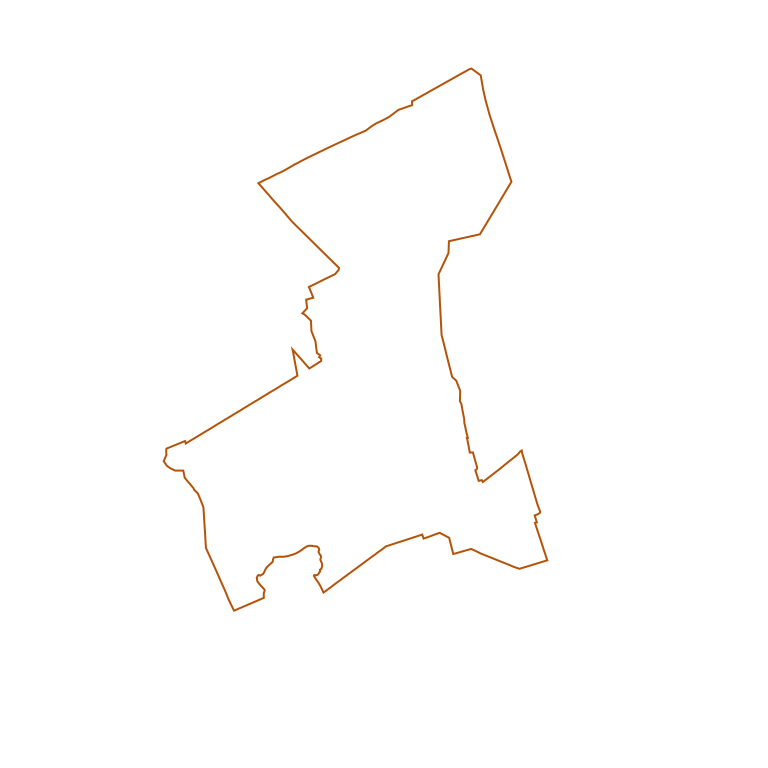 the district of Temamatla, México, Mexico, rotated 147°
{"feature_id": "50627088B72958492405595", "entity_name": "Temamatla", "entity_type": "district", "adm_level": 2, "iso_a3": "MEX", "parent_name": "Mexico", "parent_adm1": "México", "projection": "mercator", "projection_center": [-98.878, 19.192], "detail": "fine", "context": "isolated", "style": "outline", "palette": "amber", "viewbox_px": 768, "rotation_deg": 147, "n_neighbors": 0, "source": "geoboundaries", "source_scale": "gbopen_adm2", "svg_char_len": 5326}
<svg xmlns="http://www.w3.org/2000/svg" viewBox="0 0 768 768"><g transform="rotate(147 384 384)"><path d="M401.0,198.3L400.7,198.1L399.7,196.6L397.4,192.9L395.0,188.9L394.7,188.5L390.4,182.3L389.7,181.4L387.1,177.7L384.6,174.1L381.9,170.3L376.3,162.3L375.6,161.2L375.4,160.9L374.0,159.0L373.8,158.7L372.6,157.2L371.1,155.3L365.5,153.6L359.9,152.0L354.3,150.4L348.7,148.8L343.1,147.2L342.7,148.9L342.3,150.1L342.0,151.5L341.5,153.2L340.8,156.0L340.2,158.4L339.7,160.0L339.1,162.4L338.8,163.5L338.3,165.2L337.9,166.9L337.3,168.9L337.0,170.3L336.4,172.5L335.7,175.2L335.3,176.8L334.9,178.3L333.7,182.7L333.0,185.3L331.2,184.7L329.2,191.7L327.0,191.2L325.5,191.0L324.6,191.0L324.0,191.0L323.5,191.1L323.0,191.4L322.6,191.6L321.0,199.1L320.9,199.4L318.9,206.2L318.4,207.9L317.6,210.6L316.1,215.6L314.2,222.2L312.2,228.7L310.3,235.1L308.4,241.6L306.0,250.2L304.7,253.2L306.5,253.2L310.3,252.1L315.9,251.5L324.3,250.7L332.7,249.8L334.7,249.6L343.0,248.9L348.9,248.4L354.5,248.0L354.3,250.1L357.3,251.2L354.4,261.9L352.8,262.0L351.4,263.0L349.1,270.6L346.7,278.2L349.4,279.8L348.6,281.6L347.0,285.5L344.2,292.5L344.1,292.8L343.9,293.6L343.0,293.2L341.4,298.2L338.5,305.6L338.0,307.2L335.9,310.8L333.0,318.0L330.0,325.1L329.7,328.2L323.8,336.8L321.7,347.0L321.6,347.4L323.0,352.9L320.8,359.3L318.6,365.8L316.4,372.3L313.9,379.4L311.4,386.6L309.0,393.8L305.9,399.1L302.9,404.3L299.8,409.6L296.8,414.8L293.8,420.1L290.7,425.3L287.7,430.6L284.6,435.8L281.6,441.1L278.5,446.3L273.6,449.4L268.6,452.5L263.6,455.6L258.6,458.7L254.5,464.5L251.8,468.4L242.9,465.1L222.0,457.3L194.5,470.7L167.0,484.2L162.9,499.2L158.8,514.2L155.6,526.4L152.5,538.7L150.6,545.7L148.7,552.8L146.5,559.6L144.4,566.4L142.3,572.0L140.2,577.6L137.5,583.9L134.8,590.2L138.8,600.9L141.5,601.6L145.6,601.8L151.9,602.3L157.5,602.6L163.6,603.0L169.4,603.4L176.0,603.8L185.9,604.5L188.4,604.6L194.5,605.0L204.1,605.6L206.5,605.9L208.4,602.5L215.5,604.3L222.7,606.1L234.1,605.2L242.2,605.9L243.8,606.2L249.3,606.9L254.9,606.9L259.9,606.5L261.3,606.4L271.5,608.2L277.5,609.1L283.5,609.9L289.5,610.8L293.3,611.3L299.3,612.1L305.2,612.9L311.6,613.7L317.9,614.5L324.2,615.3L332.9,616.2L335.3,616.3L340.0,616.9L342.0,616.9L349.7,617.3L353.5,617.6L356.7,618.0L359.5,618.5L364.0,618.9L368.4,619.4L372.1,620.0L380.0,620.8L379.0,614.1L378.0,607.5L377.1,600.8L376.1,594.1L375.3,589.7L374.4,583.4L373.6,577.0L372.7,570.6L371.5,564.7L370.2,558.9L368.9,553.0L367.6,547.1L366.3,541.2L365.0,535.3L363.7,529.4L362.4,523.5L361.1,517.6L359.8,511.7L358.5,505.8L359.9,504.4L365.1,502.8L370.9,503.5L378.1,504.4L385.3,505.2L394.1,506.3L396.3,494.9L403.4,497.1L407.2,489.4L414.0,487.7L412.9,485.8L411.9,482.1L410.8,476.8L416.0,468.0L418.3,457.0L422.3,448.8L423.4,446.6L421.9,442.8L423.8,441.8L422.8,439.5L424.3,437.5L432.1,437.6L438.2,437.7L439.1,443.9L440.0,450.2L441.0,456.5L441.9,462.7L444.4,456.6L447.0,450.4L449.5,444.3L452.1,438.1L463.3,438.4L466.8,438.5L470.4,438.7L476.7,438.8L483.8,439.1L491.8,439.3L502.3,439.6L508.1,439.8L513.9,440.0L519.7,440.1L525.5,440.3L531.3,440.5L537.1,440.7L547.7,441.0L552.8,441.1L558.8,441.3L564.8,441.5L570.7,441.7L576.7,441.9L582.7,442.1L581.9,444.5L601.7,448.3L603.6,445.8L604.9,443.2L610.8,439.2L610.6,433.4L608.9,429.3L606.3,425.1L599.5,420.7L602.2,413.8L600.5,400.1L600.9,399.1L599.7,393.5L601.1,386.2L602.6,379.0L606.0,372.9L609.4,366.9L609.6,366.6L614.6,357.6L615.1,356.7L618.9,350.1L622.6,343.6L623.5,337.8L624.4,331.9L625.3,326.1L626.2,320.3L627.1,314.5L628.1,308.7L629.0,302.9L629.9,297.0L631.8,287.4L631.9,285.8L632.1,284.7L633.2,275.6L630.1,275.0L627.4,274.6L624.8,274.1L623.3,273.9L614.2,272.3L613.1,272.1L607.1,271.1L601.2,270.1L600.1,272.0L599.7,272.6L599.3,273.3L598.2,274.6L596.6,275.6L596.4,276.1L596.2,276.6L597.5,284.4L597.6,287.8L596.1,291.0L594.6,291.7L594.2,292.1L593.0,292.0L592.2,290.7L588.7,290.6L587.6,291.1L586.0,292.1L584.0,293.3L582.9,293.9L580.3,294.5L574.2,295.5L573.5,296.3L572.8,297.2L571.0,298.5L566.8,296.7L566.4,296.5L562.8,294.1L562.2,293.8L561.3,293.4L559.8,292.6L557.5,291.8L556.3,291.5L553.4,290.6L549.7,289.8L548.4,289.8L546.1,289.6L544.3,289.6L542.5,289.7L541.4,289.9L540.5,289.9L536.3,289.7L534.7,289.0L532.9,287.8L530.7,285.7L529.0,284.7L528.4,283.5L528.1,282.0L528.5,280.4L529.6,279.6L530.3,278.9L530.7,275.8L530.6,275.4L530.4,274.7L531.0,273.4L531.4,272.9L531.5,272.7L532.6,271.9L532.8,271.5L533.2,270.9L533.4,269.7L533.5,268.7L533.8,267.4L534.3,266.2L535.0,265.0L537.1,263.2L538.9,263.1L539.1,262.3L539.3,262.0L539.6,261.8L540.0,261.4L540.3,261.4L540.9,261.3L541.5,260.8L541.8,260.7L542.4,260.4L543.0,260.2L543.9,260.2L544.7,260.4L545.5,260.8L546.1,261.5L546.4,261.5L546.8,261.7L547.1,261.5L547.3,261.3L547.3,260.7L547.3,260.1L547.4,258.4L547.2,253.5L547.4,248.8L548.3,242.0L537.3,242.7L534.8,242.9L533.3,243.0L532.3,243.1L527.7,243.3L524.0,243.6L521.6,243.7L518.2,243.9L515.4,244.1L512.1,244.3L507.7,244.5L504.0,244.7L499.8,245.0L495.1,245.3L493.0,245.4L491.3,245.5L488.7,245.7L486.3,245.8L484.0,245.9L481.8,246.1L480.1,246.2L479.4,246.2L477.9,246.3L476.0,246.3L471.0,246.8L463.8,244.9L457.2,243.1L450.5,241.3L448.3,240.7L443.7,239.5L440.8,238.7L438.1,238.0L433.9,236.9L434.5,234.8L435.0,232.8L430.6,231.7L426.2,230.7L423.0,230.0L418.4,228.9L416.4,225.4L414.6,222.1L413.1,219.6L415.8,211.6L418.5,203.7L414.2,202.3L407.8,200.4L402.1,198.6L401.0,198.3Z" fill="none" stroke="#b45309" stroke-width="2"/></g></svg>